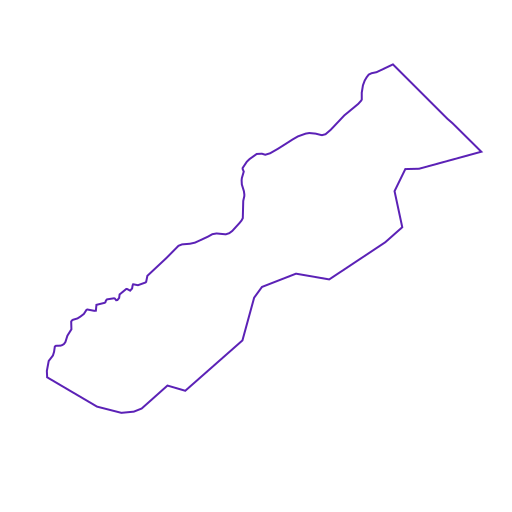 outline of Grand Isle, Vermont, United States of America, rotated 46°
{"feature_id": "52423323B86601759690165", "entity_name": "Grand Isle", "entity_type": "district", "adm_level": 2, "iso_a3": "USA", "parent_name": "United States of America", "parent_adm1": "Vermont", "projection": "natural_earth1", "projection_center": [-73.344, 44.789], "detail": "fine", "context": "isolated", "style": "outline", "palette": "violet", "viewbox_px": 512, "rotation_deg": 46, "n_neighbors": 0, "source": "geoboundaries", "source_scale": "gbopen_adm2", "svg_char_len": 1552}
<svg xmlns="http://www.w3.org/2000/svg" viewBox="0 0 512 512"><g transform="rotate(46 256 256)"><path d="M198.2,490.5L253.9,475.0L275.3,461.8L283.1,452.0L286.3,444.2L287.7,409.7L303.8,400.5L307.3,324.4L284.7,286.3L282.4,273.2L296.5,239.5L323.7,219.6L335.9,153.5L336.9,130.8L305.6,111.3L297.2,88.2L306.5,78.1L337.5,21.5L297.1,22.4L290.3,23.0L213.3,24.4L207.5,41.6L204.8,45.9L203.8,48.9L204.3,52.3L205.3,55.9L207.5,60.5L212.0,66.5L216.9,71.2L217.3,72.4L217.6,76.8L216.2,94.7L217.1,114.7L216.7,121.4L214.9,124.6L213.6,125.5L209.4,128.1L204.6,132.2L202.5,135.2L201.0,138.5L199.1,142.7L197.6,148.7L194.1,165.8L191.9,174.5L189.6,179.0L186.5,180.7L183.1,184.6L181.8,193.2L181.8,197.1L183.4,204.4L184.0,205.1L186.8,206.2L190.1,212.0L191.5,213.7L194.7,216.5L201.0,219.7L203.6,221.6L204.8,222.8L207.5,226.9L219.6,239.2L220.4,241.7L220.8,244.8L221.5,255.7L221.0,259.4L219.4,262.7L212.4,268.7L210.0,272.2L208.7,277.1L204.0,290.6L201.3,295.0L196.3,301.1L194.8,304.7L195.2,321.5L194.8,347.9L198.3,353.0L198.3,353.9L195.0,361.2L191.0,364.0L191.4,365.1L193.3,367.7L193.5,370.6L190.3,371.6L189.6,372.2L188.9,380.8L191.1,383.6L191.4,386.3L190.7,387.3L188.6,387.1L187.8,387.5L183.7,393.3L183.8,394.9L184.6,396.3L184.6,397.3L180.3,404.7L184.1,409.2L183.1,410.4L177.3,414.5L177.0,415.4L178.1,420.1L177.6,424.4L176.9,427.8L174.7,432.0L174.5,433.3L174.8,434.5L180.5,439.7L182.3,447.0L185.5,452.9L185.9,455.3L185.5,457.2L184.7,458.9L181.6,462.3L181.4,463.6L184.7,467.9L186.5,471.2L187.5,478.0L193.4,486.3L198.2,490.5Z" fill="none" stroke="#5b21b6" stroke-width="2"/></g></svg>